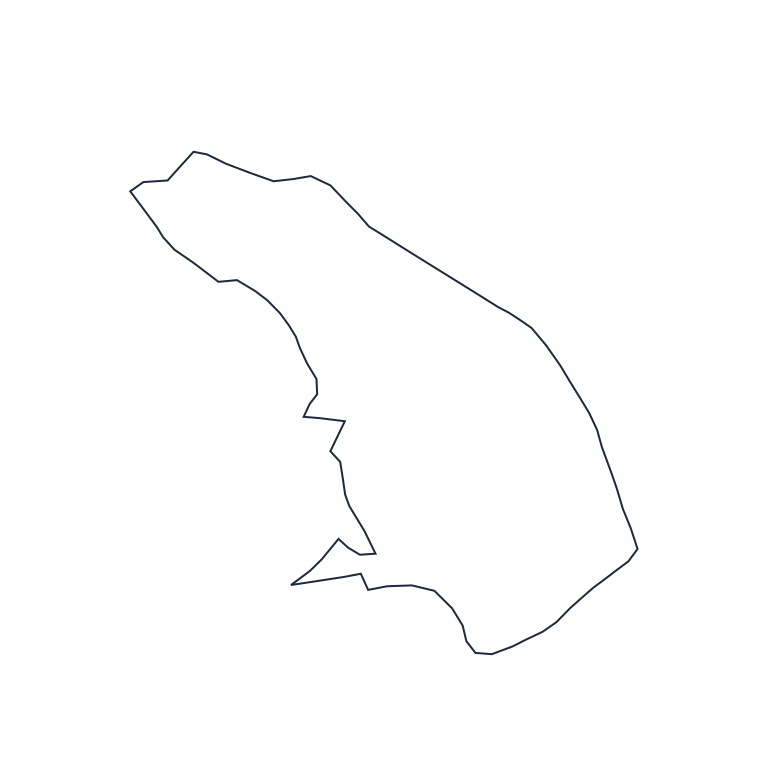 the district of Raposa, Brazil, rotated 64°
{"feature_id": "56859067B6565916351535", "entity_name": "Raposa", "entity_type": "district", "adm_level": 2, "iso_a3": "BRA", "parent_name": "Brazil", "parent_adm1": "", "projection": "robinson", "projection_center": [-44.091, -2.442], "detail": "fine", "context": "isolated", "style": "outline", "palette": "slate", "viewbox_px": 768, "rotation_deg": 64, "n_neighbors": 0, "source": "geoboundaries", "source_scale": "gbopen_adm2", "svg_char_len": 1229}
<svg xmlns="http://www.w3.org/2000/svg" viewBox="0 0 768 768"><g transform="rotate(64 384 384)"><path d="M523.9,555.7L539.7,505.1L544.4,488.0L562.1,488.5L567.1,470.0L577.2,447.3L591.9,429.4L615.5,421.1L635.6,419.2L651.2,422.7L665.8,419.7L674.1,405.5L676.2,383.6L676.0,368.9L676.2,349.9L673.6,333.3L667.0,314.8L662.8,299.8L659.0,285.9L655.9,269.6L653.1,255.7L650.5,242.0L643.4,228.4L621.4,225.4L601.3,224.1L580.3,220.6L564.5,218.7L536.1,215.8L518.9,212.6L500.2,212.3L484.6,213.7L463.9,215.8L445.0,217.4L420.1,221.4L398.4,226.8L388.3,232.4L374.8,240.4L365.1,247.6L344.3,260.5L279.6,301.2L253.4,317.5L235.9,328.5L220.0,332.7L202.6,338.6L182.0,345.1L165.0,358.7L160.0,375.8L153.4,394.3L135.7,411.7L116.6,429.6L100.0,442.5L91.8,453.4L99.3,472.2L106.2,489.3L97.0,511.8L99.6,527.6L124.8,522.8L143.7,519.3L155.3,518.2L171.6,513.4L191.0,502.4L219.6,488.0L226.2,470.6L243.9,459.1L257.8,452.1L274.6,446.5L289.3,443.8L302.7,442.5L314.8,443.8L331.8,444.1L350.0,442.5L363.9,448.6L369.4,459.6L378.3,470.6L386.4,456.9L400.3,435.5L420.9,461.7L434.8,457.5L450.4,462.3L466.4,467.4L478.3,468.7L508.0,466.0L532.8,466.0L526.9,480.5L515.4,488.0L503.3,492.8L514.2,516.6L519.6,532.7L523.9,555.7Z" fill="none" stroke="#1e293b" stroke-width="2"/></g></svg>